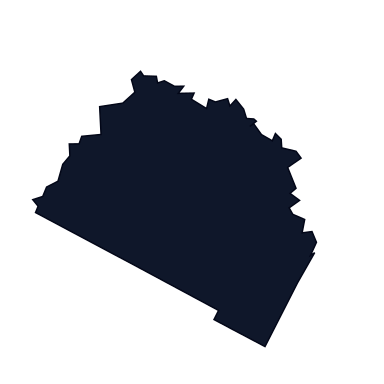 Daviess, Indiana, United States of America, rotated 118°
{"feature_id": "52423323B20266765570331", "entity_name": "Daviess", "entity_type": "district", "adm_level": 2, "iso_a3": "USA", "parent_name": "United States of America", "parent_adm1": "Indiana", "projection": "robinson", "projection_center": [-87.15, 38.698], "detail": "fine", "context": "isolated", "style": "filled", "palette": "ink", "viewbox_px": 384, "rotation_deg": 118, "n_neighbors": 0, "source": "geoboundaries", "source_scale": "gbopen_adm2", "svg_char_len": 920}
<svg xmlns="http://www.w3.org/2000/svg" viewBox="0 0 384 384"><g transform="rotate(118 192 192)"><path d="M188.0,55.2L192.4,57.6L178.0,58.5L170.6,67.5L176.4,75.6L163.4,79.6L164.4,92.5L160.4,98.8L148.9,93.1L147.2,104.8L139.9,101.9L125.4,119.1L110.9,111.6L107.2,119.3L110.9,133.5L103.6,138.0L101.2,145.8L109.1,145.1L108.7,157.6L102.8,169.6L107.0,171.7L99.3,168.4L98.5,171.7L101.5,178.4L94.6,185.3L89.7,196.7L98.3,198.9L92.9,204.4L101.5,213.6L102.2,220.7L111.5,218.3L110.4,236.1L103.7,236.6L111.4,250.5L102.5,249.0L106.9,257.1L106.8,268.7L111.9,273.6L106.6,277.8L112.2,289.2L109.6,294.1L121.2,298.2L130.7,289.3L146.0,294.8L160.0,313.6L183.9,299.3L194.6,315.5L202.5,314.3L207.2,322.9L217.4,316.8L228.2,319.1L245.4,315.4L255.9,322.7L266.0,321.7L273.5,329.0L276.8,321.2L283.6,320.5L283.7,200.0L284.1,112.9L294.3,112.7L294.3,91.4L294.2,55.0L222.6,56.2L188.0,55.2Z" fill="#0f172a" stroke="#020617" stroke-width="1.5"/></g></svg>